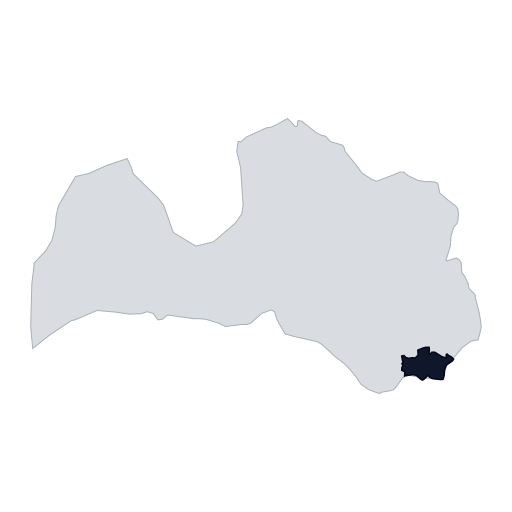 Kraslavas highlighted on a map of Latvia
{"feature_id": "LVA-1064", "entity_name": "Kraslavas", "entity_type": "Municipality", "adm_level": 1, "iso_a3": "LVA", "parent_name": "Latvia", "parent_adm1": "", "projection": "mercator", "projection_center": [27.268, 55.934], "detail": "fine", "context": "in_parent", "style": "filled", "palette": "ink", "viewbox_px": 512, "rotation_deg": 0, "n_neighbors": 0, "source": "natural_earth", "source_scale": "10m", "svg_char_len": 2578}
<svg xmlns="http://www.w3.org/2000/svg" viewBox="0 0 512 512"><path d="M380.4,393.4L377.3,392.9L368.4,389.4L360.9,384.2L356.4,377.3L348.6,367.9L343.5,363.0L335.5,357.0L322.1,344.6L317.3,341.7L293.5,336.3L284.9,333.8L277.0,319.7L274.5,311.5L270.6,310.0L266.3,311.7L261.7,313.4L251.0,323.0L247.5,324.4L240.9,324.5L225.4,326.6L218.4,323.1L206.1,319.3L199.5,318.7L193.6,318.7L167.4,315.0L162.7,319.1L157.9,319.9L153.2,313.5L147.4,311.7L140.9,313.8L129.3,314.1L115.4,312.1L97.8,310.5L95.2,311.2L75.6,319.6L70.8,320.9L49.5,335.2L32.7,348.5L30.7,327.2L31.8,284.4L34.3,263.0L45.9,250.5L51.8,240.7L55.2,227.6L56.2,215.5L58.6,205.5L75.5,176.5L88.9,173.4L107.0,165.3L127.2,158.6L131.2,167.1L133.1,173.7L157.5,197.4L163.7,205.3L173.2,232.4L195.8,246.1L213.5,241.8L221.3,235.1L235.5,222.9L241.8,213.9L243.1,205.2L240.6,167.8L236.8,151.5L238.1,141.3L240.6,141.9L246.6,136.9L266.5,127.8L270.5,127.4L275.0,125.5L287.5,118.6L291.5,122.3L294.9,126.5L296.7,126.5L297.6,125.0L297.4,122.2L298.3,120.3L301.9,121.4L316.4,132.8L321.9,135.5L325.7,136.2L330.3,141.6L342.7,145.2L344.2,147.9L345.1,151.4L356.7,165.8L361.9,173.0L372.2,179.6L376.6,181.2L394.6,174.4L399.6,172.1L403.8,172.1L408.0,175.6L417.7,180.3L426.4,181.8L428.0,181.5L435.4,182.0L438.0,183.9L439.7,193.0L448.1,200.2L455.9,206.1L457.9,208.9L458.5,214.1L458.0,220.3L457.0,223.5L453.7,227.2L450.9,236.5L450.5,245.3L446.0,260.5L447.0,260.8L456.5,258.0L459.1,259.6L461.2,262.9L461.8,272.4L464.9,276.7L468.1,283.4L469.1,288.6L475.1,294.7L475.6,298.7L479.2,312.7L480.6,320.8L481.3,327.0L479.5,334.9L477.9,340.3L476.0,340.0L470.6,341.4L462.1,347.8L449.4,362.9L446.2,366.2L442.9,377.7L442.1,378.8L434.7,378.3L432.7,378.0L425.3,378.3L409.2,375.3L403.0,377.3L394.8,388.8L391.6,390.5L382.1,392.1L380.4,393.4Z" fill="#d9dde1" stroke="#a8b0b8" stroke-width="1"/><path d="M453.6,359.1L452.6,360.8L446.4,365.0L444.6,369.9L444.2,375.2L443.6,377.6L443.1,379.3L441.3,379.6L433.4,378.8L431.4,378.2L429.4,377.0L427.8,375.2L426.6,376.7L423.6,379.6L422.4,380.1L420.7,379.2L416.8,375.8L415.4,375.1L412.9,374.7L404.7,375.7L404.6,375.8L404.6,375.7L404.7,374.4L404.8,373.7L404.7,372.5L404.5,371.5L401.8,370.4L401.8,368.3L402.0,367.1L402.6,366.3L403.1,364.4L401.9,363.9L402.4,362.9L403.1,361.9L402.6,360.8L402.4,360.1L401.7,356.0L403.9,355.5L405.9,357.5L408.5,358.3L412.4,357.7L415.2,358.0L418.1,355.1L417.8,350.2L422.5,348.2L425.7,347.3L429.1,347.3L429.4,349.9L429.0,353.7L430.1,354.0L431.9,352.2L434.8,352.2L441.8,356.6L444.7,357.5L446.3,357.7L446.2,354.6L447.0,354.0L448.6,355.4L451.4,356.9L453.6,359.1Z" fill="#0f172a" stroke="#020617" stroke-width="1.5"/></svg>